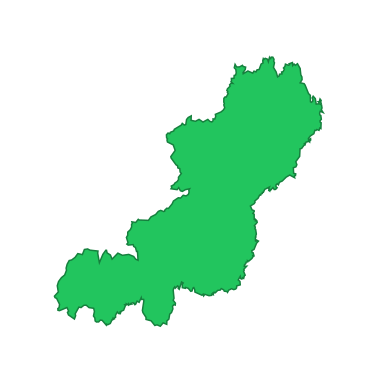 outline of Amansie Central, Ashanti, Ghana, rotated 192°
{"feature_id": "2480657B25462964367622", "entity_name": "Amansie Central", "entity_type": "district", "adm_level": 2, "iso_a3": "GHA", "parent_name": "Ghana", "parent_adm1": "Ashanti", "projection": "equal_earth", "projection_center": [-1.784, 6.207], "detail": "fine", "context": "isolated", "style": "filled", "palette": "green", "viewbox_px": 384, "rotation_deg": 192, "n_neighbors": 0, "source": "geoboundaries", "source_scale": "gbopen_adm2", "svg_char_len": 5973}
<svg xmlns="http://www.w3.org/2000/svg" viewBox="0 0 384 384"><g transform="rotate(192 192 192)"><path d="M244.6,150.3L243.8,148.8L244.4,147.9L243.8,145.2L244.5,142.3L246.5,139.4L245.9,136.3L246.7,133.9L244.0,129.1L244.9,127.5L243.4,126.8L238.6,128.3L237.7,126.6L235.8,126.0L233.9,122.3L233.0,122.6L230.6,114.0L233.2,114.6L235.6,116.8L240.9,117.8L246.9,115.6L251.8,116.8L256.2,109.7L258.7,113.4L262.4,114.8L263.5,117.2L264.2,117.1L266.2,112.5L267.9,103.6L271.5,112.5L271.7,114.7L279.7,113.9L282.2,114.6L285.3,113.4L286.2,108.0L290.9,108.0L292.8,103.7L295.6,100.5L297.9,99.4L299.1,95.4L299.3,91.4L298.5,89.3L299.3,84.3L301.9,81.1L303.9,76.7L304.3,72.3L302.0,66.4L304.9,61.5L304.0,60.2L302.3,59.8L298.2,54.6L298.0,51.3L299.0,50.1L298.5,48.4L296.9,48.4L290.3,53.0L287.9,49.8L288.8,48.4L287.3,46.1L280.6,43.3L280.1,46.8L280.9,48.6L278.7,55.9L276.5,55.9L274.2,58.7L271.9,59.3L268.7,57.5L264.0,57.8L262.6,54.8L262.6,50.2L260.9,48.7L259.9,45.7L258.5,45.0L256.3,45.5L255.1,47.6L253.2,47.8L248.1,43.9L247.9,45.0L246.9,44.6L244.6,46.4L243.6,50.5L243.1,50.5L243.0,51.6L242.6,51.0L241.6,51.8L242.2,52.3L240.7,53.6L241.2,55.7L240.1,59.2L238.6,57.9L236.9,58.0L236.7,59.4L237.4,59.0L237.4,59.9L234.3,62.2L233.5,67.2L234.1,67.7L232.9,67.9L233.1,69.0L231.4,68.4L230.9,69.4L230.4,68.2L229.1,69.5L228.7,68.7L228.7,69.7L227.8,69.8L228.4,70.4L226.6,71.5L224.7,70.1L224.6,71.0L223.8,70.6L223.0,73.8L220.8,73.1L219.7,78.1L219.0,76.4L217.0,76.9L216.5,75.8L215.9,65.8L214.9,63.8L210.9,59.8L210.5,57.8L205.2,57.5L200.6,53.7L198.6,54.8L195.1,54.1L193.0,58.0L189.2,57.3L189.8,60.7L188.2,62.8L188.4,67.9L187.0,69.8L186.4,73.7L187.3,76.2L186.3,78.0L184.9,77.9L185.1,79.8L187.9,82.2L187.5,84.3L190.0,92.1L189.9,94.0L189.2,95.5L188.4,94.4L186.6,97.2L185.6,96.7L185.5,94.9L184.3,94.2L183.5,101.8L181.7,101.2L182.3,99.8L181.6,96.4L178.5,96.4L178.4,97.3L175.6,97.0L172.6,94.6L171.4,95.2L171.1,98.2L170.4,98.9L169.1,97.2L168.3,94.7L160.8,93.1L159.9,94.4L159.0,92.8L158.2,94.6L153.8,94.1L151.3,95.0L151.3,96.3L149.8,96.0L150.4,97.6L149.6,97.6L149.5,98.6L148.2,98.3L146.4,101.1L143.9,102.0L143.3,103.6L140.7,102.9L139.8,101.7L137.1,101.9L136.4,101.2L135.7,103.6L133.2,105.6L130.8,105.2L129.1,106.2L128.5,107.4L128.7,109.5L125.5,111.2L126.5,114.5L128.5,115.6L127.3,119.5L126.4,117.4L125.1,117.2L124.7,118.6L123.5,118.2L123.4,120.9L122.7,121.7L125.0,125.0L124.7,126.4L125.3,127.1L123.1,130.8L125.4,130.2L125.5,131.8L124.5,133.1L124.5,134.6L123.0,135.3L123.5,136.5L122.0,136.3L119.6,139.4L118.7,141.8L119.2,142.4L118.1,142.5L119.6,145.3L120.6,145.2L121.3,147.1L119.4,148.7L118.2,155.4L116.8,157.8L119.5,158.6L119.2,157.3L119.7,157.3L120.5,160.4L120.1,161.3L120.6,161.7L120.3,164.2L122.0,168.7L122.8,169.1L122.8,170.9L124.0,171.9L121.9,175.9L122.6,177.3L123.9,177.0L123.8,178.2L125.3,178.1L125.0,178.9L125.7,179.2L126.6,183.2L128.0,183.7L127.1,185.8L127.4,186.7L129.5,187.0L132.0,190.4L128.7,193.6L128.2,195.1L128.8,196.1L126.1,199.6L125.2,203.0L124.2,203.2L124.4,203.9L122.9,205.2L123.1,206.2L122.1,206.6L121.4,209.7L117.4,212.9L117.8,211.3L117.2,210.8L117.3,208.8L117.0,209.7L116.1,209.1L116.0,210.6L115.4,210.3L113.7,213.1L112.1,211.5L110.8,211.9L109.6,213.9L111.0,214.7L111.3,216.4L110.3,217.8L109.0,217.0L108.5,219.7L106.0,221.5L103.0,226.1L99.9,228.9L94.6,227.3L95.2,228.5L95.0,229.5L94.2,229.6L94.3,231.3L96.5,231.5L97.9,236.8L95.6,238.2L95.1,240.5L96.8,243.2L94.1,249.2L95.3,256.7L93.8,257.4L92.1,261.2L91.3,261.4L91.2,262.3L92.0,262.8L91.0,263.4L90.7,264.7L89.0,265.3L88.7,266.3L87.3,265.4L87.4,266.6L86.7,267.5L87.1,268.8L88.8,267.2L89.3,268.6L87.9,271.4L84.9,274.4L84.7,277.9L83.5,278.0L82.9,279.1L80.6,278.7L80.3,281.1L79.1,280.8L80.1,286.6L81.1,286.9L81.6,288.2L80.6,290.0L81.9,293.6L83.0,294.0L83.6,295.7L83.4,297.6L80.3,297.0L82.6,299.4L82.3,301.2L83.4,304.1L84.5,304.4L84.0,305.6L84.8,306.6L84.7,308.4L86.1,309.6L86.3,306.8L87.3,306.5L86.3,305.8L86.1,304.7L88.8,303.8L90.8,309.0L93.4,310.9L94.0,309.0L93.0,307.7L92.8,305.8L94.0,304.5L94.9,304.9L96.4,311.2L98.5,312.5L103.6,320.1L104.9,321.3L108.9,321.3L107.7,324.8L108.4,327.4L109.9,329.2L111.9,335.3L115.5,339.4L117.3,337.4L118.8,338.4L119.8,336.6L120.7,339.5L123.7,337.6L123.0,336.8L124.1,336.0L127.2,336.5L127.2,334.1L128.3,332.3L127.2,331.4L127.5,330.0L128.0,328.6L129.3,328.0L128.5,326.3L130.9,325.4L130.9,323.7L132.2,322.4L134.7,327.0L138.2,330.8L138.2,335.6L139.2,336.8L139.4,338.9L141.0,340.7L142.6,340.4L142.9,338.1L143.1,339.4L143.7,338.9L144.2,339.6L144.4,335.3L145.8,337.6L148.2,338.0L149.3,336.5L150.0,337.2L150.1,335.0L149.3,333.1L151.0,331.5L151.8,325.8L153.8,325.0L154.4,322.8L156.5,323.1L157.3,320.9L162.5,322.0L166.5,318.3L166.9,319.4L165.4,322.9L165.5,325.3L168.0,325.4L169.0,326.4L171.6,324.2L174.4,323.6L176.4,325.8L176.5,322.3L174.6,321.0L173.5,317.7L173.7,315.4L175.0,314.8L174.6,311.9L177.1,311.3L176.5,309.0L176.8,308.0L174.7,306.7L176.4,306.5L177.5,304.6L176.7,303.5L178.8,300.3L179.0,298.5L177.9,297.9L178.1,296.7L177.1,295.8L178.3,292.0L179.4,291.9L180.3,290.3L179.6,286.5L178.8,285.4L179.0,283.8L177.5,281.2L178.4,278.7L180.2,276.4L185.3,272.8L184.5,270.8L184.9,268.0L186.6,267.9L186.2,266.1L187.2,264.6L189.3,264.8L191.6,266.3L195.8,262.7L200.2,264.5L203.3,261.9L207.8,261.9L208.6,266.3L211.2,264.1L212.4,261.8L212.1,256.7L213.4,255.9L215.8,257.1L216.4,255.2L222.3,249.7L222.6,247.9L225.6,245.9L225.9,244.4L227.7,244.7L228.9,242.6L228.1,239.7L227.0,238.9L227.3,237.7L226.4,235.8L220.2,234.2L217.1,229.2L220.1,222.2L219.5,220.9L213.2,215.2L211.7,214.8L210.8,212.6L208.8,212.3L207.8,209.1L206.3,207.9L208.3,203.6L207.8,201.3L208.7,199.1L210.6,197.2L211.2,195.4L213.5,193.5L212.7,192.2L213.2,190.8L207.0,191.2L205.9,193.5L203.6,190.8L201.5,190.6L199.0,192.9L195.0,194.7L195.5,193.3L194.8,191.1L195.1,188.8L197.0,186.9L199.9,187.0L201.9,183.7L204.2,183.5L205.5,182.2L208.3,179.3L208.9,176.4L211.6,171.0L213.3,170.9L214.9,168.5L214.8,167.5L215.7,167.0L218.8,167.5L220.9,166.1L222.9,162.4L227.0,159.1L228.7,155.2L237.9,153.6L238.9,154.1L240.7,150.5L244.6,150.3Z" fill="#22c55e" stroke="#15803d" stroke-width="1.5"/></g></svg>